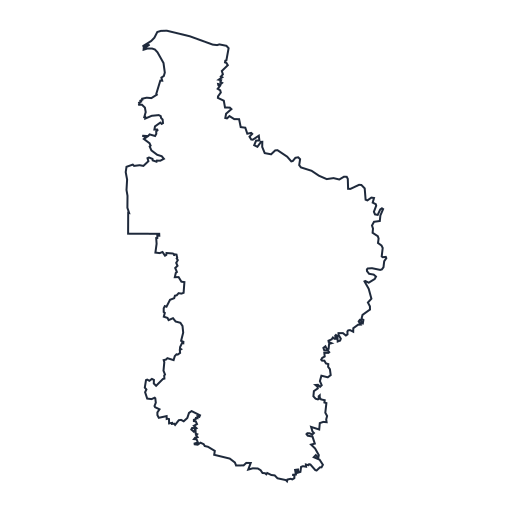 Bekasi, Jawa Barat, Indonesia (Mercator projection)
{"feature_id": "22746128B74302729610221", "entity_name": "Bekasi", "entity_type": "district", "adm_level": 2, "iso_a3": "IDN", "parent_name": "Indonesia", "parent_adm1": "Jawa Barat", "projection": "mercator", "projection_center": [107.099, -6.2], "detail": "fine", "context": "isolated", "style": "outline", "palette": "slate", "viewbox_px": 512, "rotation_deg": 0, "n_neighbors": 0, "source": "geoboundaries", "source_scale": "gbopen_adm2", "svg_char_len": 6071}
<svg xmlns="http://www.w3.org/2000/svg" viewBox="0 0 512 512"><path d="M228.6,48.2L226.4,45.8L219.4,44.4L217.1,45.1L212.7,44.6L189.9,36.3L166.8,30.7L160.9,30.9L157.3,32.0L154.4,37.7L151.2,41.0L143.3,45.9L143.5,46.6L145.0,46.6L149.6,44.6L143.7,48.5L143.6,49.7L147.5,48.5L152.0,48.5L154.9,49.5L157.5,52.3L163.5,63.0L164.8,72.6L163.8,76.0L161.4,77.6L162.2,80.7L160.3,80.6L156.3,93.8L156.8,94.7L151.4,98.1L146.7,97.7L142.2,98.7L142.4,99.7L140.5,100.6L141.1,101.6L139.1,102.7L139.7,104.0L138.3,104.8L141.9,104.7L144.9,107.6L145.7,112.1L144.3,117.0L145.2,116.9L145.2,118.6L151.7,115.8L158.7,115.1L160.7,116.1L161.1,118.0L162.6,119.5L163.0,123.1L161.6,123.9L160.3,122.6L155.0,126.4L154.4,129.5L157.2,129.5L157.5,130.2L156.2,131.5L156.3,133.8L155.1,136.0L149.6,134.4L148.1,136.1L142.3,135.7L146.3,137.3L143.9,139.0L149.5,143.2L150.6,145.6L149.7,146.5L151.4,150.4L157.2,154.8L161.7,156.2L163.9,158.8L160.3,160.7L156.8,160.6L156.5,161.7L152.7,160.4L152.5,158.9L149.0,157.5L147.5,158.2L148.4,161.2L143.4,165.9L139.6,165.2L134.1,165.9L132.8,164.6L126.5,166.8L125.7,172.1L127.1,179.6L126.5,190.0L127.5,195.8L127.4,207.8L129.1,213.0L128.2,212.8L128.1,233.7L159.2,233.8L159.3,235.7L157.3,235.6L157.3,238.0L156.2,238.1L156.6,243.8L155.4,252.6L159.7,253.1L162.5,252.0L165.0,255.7L166.3,254.9L166.5,253.0L172.8,253.5L174.2,254.3L174.0,255.9L174.4,254.3L176.5,254.6L177.2,257.8L176.7,258.5L177.8,260.1L176.2,262.9L177.5,265.8L175.2,268.0L176.9,272.0L175.8,272.9L174.8,277.2L178.6,277.1L181.4,281.7L184.4,282.1L183.6,292.8L181.5,293.6L178.6,293.2L176.7,295.3L174.9,295.7L174.2,298.2L170.0,299.8L166.5,306.7L164.8,306.1L163.7,308.3L163.7,312.0L164.8,312.9L163.8,316.7L167.5,317.9L168.6,320.1L173.0,318.2L175.6,321.5L180.4,322.8L182.5,326.0L183.2,332.6L181.1,340.8L183.4,341.8L183.3,343.3L182.0,343.1L180.1,347.1L180.0,348.5L181.1,349.2L179.8,350.0L180.1,352.9L177.7,354.6L176.5,354.3L174.8,356.1L173.6,360.1L167.4,358.2L165.9,359.6L163.7,360.1L164.3,362.2L163.5,370.7L165.0,374.5L164.2,375.6L164.4,378.6L162.9,379.0L156.1,385.8L153.8,383.5L153.9,379.9L151.9,378.9L149.4,380.8L147.2,379.6L146.0,380.1L144.8,387.6L146.4,389.5L145.1,392.2L147.2,398.6L151.6,399.1L154.7,397.7L155.3,398.3L155.8,402.7L154.5,406.0L155.1,407.2L159.5,409.3L157.4,412.4L157.4,415.1L158.8,417.8L166.6,416.1L166.7,418.9L167.3,418.7L169.0,419.1L169.1,423.4L172.0,422.9L172.0,423.9L174.2,423.7L175.1,424.9L178.8,420.2L181.1,419.9L183.7,421.3L187.3,418.0L189.0,412.9L191.6,411.1L200.0,415.3L199.3,416.9L197.4,416.3L197.5,418.2L195.9,418.0L195.8,419.0L193.9,419.8L193.9,421.1L195.8,421.4L197.0,424.1L193.9,425.8L196.5,428.2L194.8,429.0L194.7,428.1L192.1,428.0L191.3,429.5L194.5,432.3L194.0,431.2L195.5,429.8L195.7,433.6L197.1,434.2L196.1,435.1L197.5,437.1L195.1,437.7L194.0,439.1L196.6,439.4L197.9,442.5L194.6,443.5L194.7,444.3L197.7,444.7L200.5,442.7L203.7,444.2L204.7,446.0L208.0,446.8L214.8,450.9L214.2,454.8L229.8,458.6L234.9,462.5L236.1,465.5L243.6,465.4L246.3,462.9L250.7,463.0L248.2,469.6L252.8,468.3L257.8,468.5L260.6,470.2L262.5,473.0L265.0,473.2L266.3,474.3L267.2,473.0L271.3,475.0L274.7,475.4L277.5,478.3L286.4,480.2L286.6,480.9L287.0,481.3L287.5,479.5L290.7,478.8L292.3,479.4L294.3,478.2L294.5,475.5L292.3,474.8L295.9,474.5L295.1,469.9L298.0,469.5L298.2,470.9L296.7,471.9L296.8,473.0L300.4,471.9L301.1,466.9L302.9,466.2L306.1,466.7L305.9,464.5L308.5,465.2L309.1,464.2L310.4,464.5L315.3,470.1L316.6,470.5L320.0,467.3L321.5,467.3L322.9,464.8L319.6,459.7L313.8,457.2L315.8,455.1L318.3,457.6L318.8,455.1L315.1,448.5L311.1,444.6L314.8,443.6L312.5,436.6L307.7,435.7L306.5,434.1L307.4,433.2L309.6,433.3L312.3,434.5L313.9,433.0L312.5,431.6L311.1,426.9L319.2,429.5L319.8,423.1L323.3,421.9L326.6,422.2L326.2,419.4L327.1,416.0L325.3,412.7L326.4,403.1L324.4,402.5L324.7,400.2L321.0,399.4L319.7,397.5L319.7,395.4L318.7,396.3L318.8,399.0L317.9,399.4L315.6,398.7L313.4,396.3L313.9,391.1L317.8,388.4L317.6,386.8L315.5,385.0L318.0,384.8L320.1,386.8L321.7,385.2L319.9,381.1L321.4,375.7L327.8,377.3L330.7,375.1L329.9,369.2L328.1,366.8L328.3,364.1L325.9,363.4L324.4,360.7L322.1,360.7L321.2,359.7L322.2,357.9L324.7,356.5L324.3,352.9L328.4,352.9L329.2,352.2L327.9,350.5L324.3,350.4L323.4,347.9L325.4,346.3L326.8,349.0L328.6,348.8L329.1,343.9L331.5,343.2L328.7,342.0L328.5,340.7L331.6,339.4L332.9,337.5L334.4,338.8L335.8,338.8L335.2,335.7L335.9,335.0L337.4,336.3L337.7,341.5L340.1,340.6L340.8,338.7L338.5,334.8L338.5,333.1L342.9,333.1L345.9,335.5L347.5,334.4L347.4,331.4L348.2,330.4L350.0,330.1L353.2,331.7L353.3,328.2L358.1,324.7L360.6,324.6L358.7,321.4L359.8,319.9L360.9,320.4L361.7,323.2L362.8,323.5L363.4,319.9L361.5,318.8L362.5,314.9L370.0,309.5L369.9,306.3L367.9,302.5L371.4,298.7L368.7,288.8L364.5,281.4L365.3,281.0L368.7,282.7L374.7,279.0L376.0,276.6L373.7,274.6L369.1,273.8L367.0,271.1L366.9,269.4L367.7,268.5L372.0,268.2L380.2,269.9L381.9,269.4L383.5,267.2L384.2,261.2L386.3,258.2L385.8,256.9L382.7,257.2L381.7,256.4L382.7,248.0L381.5,245.5L378.0,243.0L378.6,238.5L377.8,236.2L372.6,232.8L373.0,228.6L372.0,225.5L374.0,221.8L379.8,221.0L380.4,215.4L383.1,209.1L381.9,208.3L380.2,209.5L377.7,214.9L375.0,214.4L373.9,211.8L376.2,205.7L375.8,204.2L372.7,202.6L374.0,198.0L371.4,197.6L367.4,200.4L365.6,199.7L364.7,188.4L361.4,185.0L359.1,184.8L350.4,188.9L348.1,188.8L347.8,178.9L346.7,176.8L344.0,176.7L339.3,179.5L333.5,178.1L326.7,179.1L318.9,175.7L311.6,170.8L300.9,167.4L299.2,165.1L300.1,159.2L298.2,157.3L295.4,157.8L292.8,161.0L291.3,161.4L287.2,156.7L277.5,150.2L275.2,150.4L271.1,154.3L264.7,153.1L262.2,146.9L262.3,141.8L261.0,141.9L257.4,146.8L254.2,145.2L256.1,140.6L259.4,140.5L258.8,135.7L252.8,139.7L251.2,139.5L249.5,136.7L252.2,133.9L251.2,132.9L247.3,133.7L245.3,127.7L240.7,127.1L239.1,119.2L234.2,119.1L229.5,116.1L227.0,118.4L225.3,118.0L226.1,113.7L231.4,109.1L229.8,107.6L225.0,107.5L223.8,100.7L217.9,97.9L218.0,96.4L220.8,92.5L220.2,90.3L217.7,88.8L220.0,85.9L218.4,85.3L218.1,84.0L220.4,84.4L222.1,82.9L220.3,81.9L221.1,80.2L218.7,79.7L222.2,77.3L220.9,76.6L222.9,74.3L221.8,71.0L227.8,65.2L226.4,62.9L225.0,62.4L225.3,60.7L226.4,60.3L228.6,48.2Z" fill="none" stroke="#1e293b" stroke-width="2"/></svg>